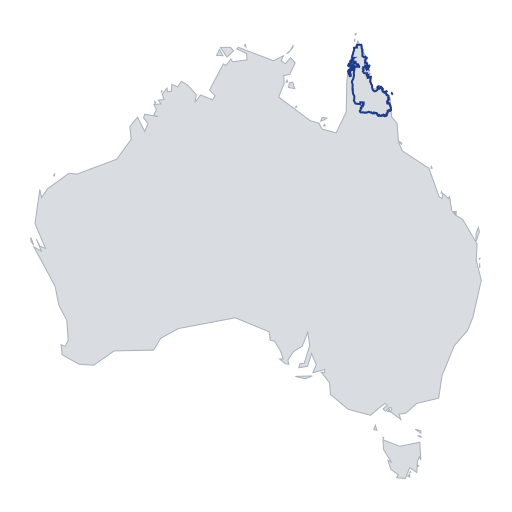 Cook, Queensland, Australia shown in context
{"feature_id": "25037944B35622910690770", "entity_name": "Cook", "entity_type": "district", "adm_level": 2, "iso_a3": "AUS", "parent_name": "Australia", "parent_adm1": "Queensland", "projection": "natural_earth1", "projection_center": [143.95, -13.681], "detail": "fine", "context": "in_parent", "style": "outline", "palette": "blue", "viewbox_px": 512, "rotation_deg": 0, "n_neighbors": 0, "source": "geoboundaries", "source_scale": "gbopen_adm2", "svg_char_len": 9114}
<svg xmlns="http://www.w3.org/2000/svg" viewBox="0 0 512 512"><path d="M366.1,57.5L372.7,89.3L380.8,87.8L390.0,97.2L391.6,116.7L397.1,123.4L398.4,141.5L402.3,150.9L428.9,168.3L439.2,197.0L442.2,198.5L442.8,193.4L448.6,198.6L449.5,196.0L451.8,210.6L455.2,214.9L462.7,219.4L477.1,244.0L476.2,260.4L481.3,280.1L473.0,317.0L467.6,330.4L454.4,345.6L442.0,375.6L438.7,398.1L416.7,403.5L405.8,413.2L399.0,414.1L400.9,419.6L390.3,411.5L391.8,409.6L391.1,407.6L389.2,407.6L385.6,411.1L383.0,408.9L387.3,405.6L384.9,403.1L370.5,415.3L348.0,409.2L330.4,394.4L329.6,382.8L321.3,372.2L324.8,372.7L324.6,369.5L312.9,372.7L316.3,364.8L311.5,353.5L307.5,366.4L298.8,367.7L300.1,363.4L304.2,363.4L309.7,345.6L307.8,332.2L302.2,346.2L293.5,351.6L287.9,360.0L288.8,364.3L285.4,363.7L279.6,359.0L283.1,358.9L280.4,350.7L274.7,341.3L270.2,340.1L269.2,331.8L235.1,317.8L178.6,328.5L160.9,338.1L153.6,350.1L114.2,350.9L93.7,365.2L79.1,364.3L62.0,354.6L61.1,344.7L65.2,346.4L68.2,340.4L66.8,320.4L58.9,305.3L55.1,286.4L33.9,246.9L41.4,251.1L36.4,239.1L39.9,246.2L45.4,248.3L35.0,223.6L39.8,189.5L41.6,197.6L47.5,188.8L69.1,173.2L77.0,174.1L116.7,159.2L131.2,139.4L129.9,126.4L137.6,117.1L144.7,131.5L148.0,123.5L143.5,117.8L144.8,114.2L158.0,116.6L153.8,115.2L156.4,109.5L153.9,104.5L161.0,103.9L158.3,100.1L164.2,99.6L162.1,94.2L167.0,88.1L167.5,91.7L171.5,91.3L171.8,84.4L177.7,86.8L181.4,81.3L187.7,85.1L196.3,94.7L195.0,102.4L200.6,95.0L212.7,99.8L215.0,95.7L209.6,89.9L223.3,63.9L226.1,65.5L230.9,59.0L232.6,61.8L247.1,59.8L246.6,53.5L236.8,48.9L238.4,47.3L273.4,60.7L283.5,55.8L281.1,60.9L285.4,63.7L290.6,57.6L295.2,62.8L289.8,74.4L283.8,75.5L284.1,83.8L278.6,97.0L310.4,120.8L319.1,123.2L321.8,128.9L336.1,132.9L346.2,112.2L346.8,82.0L348.3,70.7L351.9,68.0L349.2,62.8L357.9,41.0L366.1,57.5ZM383.0,439.8L399.8,446.3L419.8,442.2L420.8,460.2L419.5,456.9L417.5,460.8L416.8,472.6L409.8,467.7L405.3,478.5L396.6,477.7L398.4,474.7L390.9,469.5L387.9,460.4L391.3,462.0L383.4,449.3L383.0,439.8ZM220.4,47.4L230.5,47.4L233.6,50.7L227.0,57.2L220.4,47.4ZM295.3,376.4L312.3,375.9L305.1,378.8L295.3,376.4ZM292.7,82.1L294.8,88.6L288.5,87.5L289.5,82.9L292.7,82.1ZM476.1,241.1L475.9,233.7L478.4,227.5L479.4,232.0L476.1,241.1ZM415.2,429.2L420.8,430.7L420.9,433.2L415.2,429.2ZM219.4,49.3L223.0,55.7L216.6,55.3L219.4,49.3ZM376.9,430.3L373.7,429.6L375.4,425.4L376.9,430.3ZM326.8,118.1L323.8,120.1L320.7,121.1L322.2,117.5L326.8,118.1ZM33.8,245.2L31.1,241.6L30.7,238.2L31.1,238.1L33.8,245.2ZM419.7,435.7L421.8,437.4L417.7,436.0L419.7,435.7ZM453.9,211.5L456.2,211.5L456.1,214.8L453.9,211.5ZM399.1,141.2L401.8,143.2L401.4,144.3L399.1,141.2ZM409.6,474.2L409.8,477.1L407.7,476.2L409.6,474.2ZM479.7,263.2L479.8,267.3L479.5,267.2L479.7,263.2ZM246.0,47.1L244.3,45.4L245.4,44.4L246.0,47.1ZM292.8,47.4L290.4,50.7L293.2,45.0L292.8,47.4ZM480.1,258.3L479.0,259.7L479.7,258.2L480.1,258.3ZM296.9,106.8L295.5,107.4L296.3,105.9L296.9,106.8ZM287.8,81.9L286.0,82.3L287.1,80.2L287.8,81.9ZM54.8,173.4L54.4,176.0L53.6,175.8L54.8,173.4ZM354.9,39.4L354.8,41.7L354.2,40.1L354.9,39.4ZM389.2,408.6L389.6,410.0L389.0,409.6L389.2,408.6ZM289.7,51.6L286.5,53.8L289.8,51.0L289.7,51.6ZM162.2,91.0L161.0,92.6L161.8,90.7L162.2,91.0ZM410.8,472.1L409.7,472.6L410.3,471.6L410.8,472.1ZM325.4,125.8L323.6,125.8L324.5,124.4L325.4,125.8ZM155.8,102.7L154.9,103.6L154.8,101.5L155.8,102.7ZM418.9,465.9L417.4,466.7L417.9,465.1L418.9,465.9ZM356.1,33.5L355.8,35.0L354.9,34.2L356.1,33.5ZM388.4,410.5L389.8,411.8L387.4,411.4L388.4,410.5ZM432.1,168.2L430.9,168.3L431.4,166.5L432.1,168.2ZM441.8,193.1L441.1,193.1L441.6,191.8L441.8,193.1ZM383.7,437.6L383.3,438.7L382.9,437.3L383.7,437.6Z" fill="#d9dde1" stroke="#a8b0b8" stroke-width="1"/><path d="M354.2,65.7L353.0,65.8L352.8,66.1L352.6,65.9L352.2,65.9L352.0,65.6L351.7,65.8L352.3,65.2L352.3,65.7L352.7,65.7L353.2,64.7L353.2,61.8L355.2,61.8L354.1,63.4L355.7,63.0L356.2,63.5L356.3,64.0L356.6,64.1L356.6,64.4L357.3,65.0L357.7,64.6L358.0,64.8L358.2,64.6L359.2,66.3L359.1,66.9L354.9,66.6L353.7,73.3L354.0,75.2L353.2,79.0L352.0,81.1L351.9,82.3L352.7,84.7L352.5,87.2L352.5,89.3L352.9,89.4L352.7,91.3L353.2,94.1L354.1,95.6L354.4,96.7L354.2,99.3L353.8,100.5L355.5,103.6L360.2,104.1L360.3,102.2L363.7,102.5L363.6,104.4L362.9,104.3L362.8,106.2L361.6,106.1L361.5,108.0L360.8,107.9L360.7,109.9L359.9,110.7L359.9,111.5L360.3,112.1L361.1,112.5L361.6,112.3L362.7,112.4L363.5,112.3L364.4,112.5L364.6,112.8L366.2,112.5L366.7,112.7L368.5,111.8L369.4,112.0L370.1,112.5L370.5,112.3L371.4,112.3L371.6,112.8L372.7,113.5L373.2,113.4L373.5,113.0L373.8,113.1L374.0,112.7L374.5,113.1L374.9,112.7L375.9,113.2L376.5,113.0L376.8,113.2L376.8,113.7L377.0,113.7L377.3,114.6L377.5,114.9L377.9,114.9L378.2,115.8L378.6,115.6L378.8,115.8L379.0,115.7L379.3,115.1L380.1,115.9L380.5,115.7L381.2,116.0L381.4,115.8L381.3,115.4L382.0,115.1L382.5,115.5L383.1,115.7L383.3,114.9L383.6,114.6L384.1,114.8L384.2,115.2L384.9,116.1L385.4,115.6L385.5,115.9L385.8,115.7L386.3,115.8L386.7,115.5L386.5,115.0L387.0,114.2L386.9,114.0L386.6,113.8L386.6,113.4L386.9,113.2L387.3,113.4L387.8,112.5L387.8,111.9L387.6,111.6L387.6,110.8L388.0,110.6L388.3,110.6L388.4,110.3L388.6,110.2L389.0,110.4L389.6,110.2L389.7,110.4L390.0,110.0L390.0,110.3L390.4,110.3L390.6,110.6L390.9,110.2L390.8,109.8L391.0,109.2L390.7,108.7L390.9,108.2L390.9,107.5L390.3,106.6L390.5,105.9L390.4,105.6L389.9,105.2L390.0,104.6L389.7,104.1L389.4,104.1L389.5,104.1L389.5,103.9L389.2,103.5L388.8,103.5L388.7,103.7L387.9,103.5L387.9,103.3L388.5,103.4L388.5,102.8L388.2,102.8L388.1,103.2L387.7,103.3L387.5,103.0L387.3,103.2L387.1,102.9L387.2,102.5L387.4,102.5L387.5,102.1L387.2,102.2L387.1,101.5L387.7,101.4L387.8,99.8L387.8,100.0L388.2,100.0L388.7,99.9L388.9,99.6L388.6,99.5L388.6,99.1L388.3,99.2L388.3,98.7L388.6,98.8L388.7,97.8L388.2,97.7L388.4,95.8L387.8,95.4L387.1,95.3L386.8,95.0L386.9,94.7L386.3,94.5L386.2,93.7L385.9,93.5L385.8,92.8L385.0,92.9L384.3,92.6L384.2,91.9L383.6,92.1L383.2,92.0L383.0,91.5L382.5,91.0L382.5,90.3L382.8,89.5L382.8,89.3L382.1,89.5L382.0,88.8L382.2,88.1L381.3,86.9L381.0,86.9L380.4,88.1L379.3,88.8L378.6,88.7L377.9,88.1L377.7,88.2L377.7,89.0L377.4,89.8L375.8,91.1L374.8,91.3L373.9,91.0L373.5,90.7L373.0,90.1L372.6,89.1L372.0,87.3L372.1,86.4L371.8,84.9L371.2,84.2L370.8,82.8L370.3,82.1L370.1,81.4L370.4,79.6L370.7,78.6L370.7,78.1L370.9,76.9L370.2,77.0L370.0,77.3L369.7,77.1L369.7,77.4L367.7,77.9L367.7,77.2L368.2,76.8L368.5,75.9L368.1,75.2L367.7,75.3L368.0,74.7L367.0,74.6L366.8,74.7L366.9,73.2L365.3,73.4L364.7,73.1L363.9,73.0L362.9,71.3L363.6,70.7L363.5,69.8L363.2,69.6L363.1,69.3L362.8,68.8L362.9,68.6L363.2,68.6L363.3,68.4L363.2,68.3L363.3,67.8L363.2,67.4L364.4,67.4L364.6,66.9L364.9,66.6L364.9,66.3L365.1,65.6L365.4,65.8L365.9,65.5L366.1,65.7L366.1,66.0L366.4,66.7L366.6,66.7L366.5,67.6L366.3,67.6L366.2,67.9L366.6,68.4L366.8,69.7L367.3,69.2L367.7,69.2L367.4,68.7L367.4,68.4L367.9,68.7L367.8,68.4L368.2,68.6L368.5,67.6L368.8,67.2L368.7,67.1L368.7,66.9L369.1,66.3L368.8,66.3L368.8,66.0L367.6,65.4L367.2,64.7L367.2,63.5L366.9,63.2L366.7,63.2L366.1,62.7L365.0,62.8L365.0,62.6L365.2,61.0L365.2,60.4L365.0,60.2L366.2,58.0L366.5,57.8L366.7,58.0L366.8,57.7L366.5,57.5L366.0,57.8L365.7,57.1L365.2,56.7L364.8,57.2L363.8,57.2L362.4,56.1L362.5,53.3L362.1,51.2L362.2,50.6L362.6,49.9L362.2,49.1L361.7,48.6L361.7,46.0L361.3,45.4L361.2,44.8L357.2,44.8L356.8,45.4L356.9,46.5L356.7,46.9L356.9,47.5L354.0,47.8L354.1,48.9L353.8,51.0L353.3,52.2L352.7,54.9L352.3,55.5L352.0,57.6L352.1,57.8L352.4,57.9L352.7,58.3L352.8,58.7L352.6,59.0L352.8,59.1L353.0,59.1L353.2,57.9L353.9,57.9L353.4,58.2L353.5,58.7L353.2,59.0L353.2,59.6L352.9,59.2L352.8,59.4L352.7,59.8L352.5,58.9L352.3,59.0L352.1,59.3L352.3,60.2L352.3,60.5L351.7,60.3L351.0,60.7L351.0,62.4L349.7,62.0L350.9,62.6L350.9,63.2L350.2,64.3L349.6,64.0L349.1,64.2L348.8,64.0L348.1,65.6L348.5,65.9L348.8,64.3L348.9,65.1L349.3,65.2L349.3,64.7L349.7,64.5L349.5,64.8L350.1,65.2L350.4,65.8L350.9,66.0L351.3,65.9L351.3,65.6L351.5,65.9L351.5,66.6L351.1,66.9L351.3,67.0L351.2,67.3L350.9,67.3L350.5,68.1L350.5,69.2L349.9,69.2L349.4,69.8L348.7,70.3L348.6,70.2L348.0,71.4L348.4,71.9L348.5,73.5L349.2,74.6L349.9,75.2L349.9,76.1L350.6,76.1L350.9,75.5L349.8,71.4L351.0,70.6L350.5,70.3L350.8,69.7L351.2,69.7L351.7,68.0L352.8,69.5L353.5,68.6L353.3,68.0L352.9,67.9L352.7,68.4L352.3,67.6L353.8,67.2L354.9,66.3L354.2,65.7ZM367.6,69.0L367.2,68.9L367.4,68.8L367.2,68.5L367.6,69.0ZM351.5,68.3L351.4,68.0L351.3,67.6L351.5,67.8L351.5,68.3ZM349.1,64.5L349.3,64.4L349.2,64.3L349.5,64.2L349.7,64.3L349.4,64.3L349.3,64.5L349.1,64.5ZM351.6,67.3L351.4,67.2L351.5,67.1L351.6,67.3ZM378.5,86.8L378.1,87.2L378.7,87.3L378.5,86.8ZM349.5,61.2L350.5,61.5L350.6,61.3L350.2,61.1L349.5,61.2ZM391.8,93.6L392.1,93.8L392.2,93.6L391.9,93.3L391.8,93.6ZM378.5,86.7L378.1,86.5L377.8,87.1L378.2,86.7L378.5,86.7ZM388.7,103.2L388.5,103.4L389.0,103.4L388.9,103.1L388.7,103.2ZM351.0,67.0L351.1,66.7L350.8,66.7L351.0,67.0ZM386.2,91.3L386.6,91.5L386.7,91.4L386.5,91.2L386.2,91.3ZM378.4,87.8L378.6,87.6L378.2,87.6L378.4,87.8ZM379.2,85.8L379.3,86.1L379.3,85.9L379.2,85.8ZM377.7,87.8L378.1,87.5L378.0,87.4L377.7,87.8ZM370.6,74.0L370.7,73.7L370.6,74.0ZM369.7,65.1L369.2,64.8L369.5,65.0L369.7,65.1Z" fill="none" stroke="#1e3a8a" stroke-width="2"/></svg>